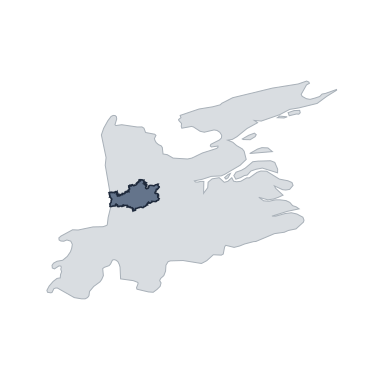 location of Mymensingh, Dhaka, Bangladesh, rotated 262°
{"feature_id": "16705992B54511139091050", "entity_name": "Mymensingh", "entity_type": "district", "adm_level": 2, "iso_a3": "BGD", "parent_name": "Bangladesh", "parent_adm1": "Dhaka", "projection": "equal_earth", "projection_center": [90.455, 24.722], "detail": "fine", "context": "in_parent", "style": "filled", "palette": "slate", "viewbox_px": 384, "rotation_deg": 262, "n_neighbors": 0, "source": "geoboundaries", "source_scale": "gbopen_adm2", "svg_char_len": 9498}
<svg xmlns="http://www.w3.org/2000/svg" viewBox="0 0 384 384"><g transform="rotate(262 192 192)"><path d="M139.3,277.8L139.3,267.9L134.1,248.3L134.3,246.2L133.2,236.8L131.9,231.6L131.3,226.0L134.5,218.0L133.2,216.7L126.2,214.3L125.4,212.2L126.9,204.4L121.9,197.0L119.9,191.4L125.4,173.6L126.8,161.1L126.4,158.7L123.1,156.0L117.3,154.8L113.2,152.5L110.8,149.0L108.8,147.6L106.3,148.7L103.0,147.3L100.4,143.8L98.1,139.6L99.1,135.0L103.4,124.0L104.9,123.7L108.6,125.8L110.0,125.8L112.4,121.5L115.9,109.2L127.6,110.3L130.4,109.9L133.4,108.9L135.0,107.3L135.9,105.4L135.6,103.7L132.0,101.3L130.6,99.6L129.6,94.7L128.6,92.9L121.5,92.6L117.8,90.3L115.8,88.3L112.2,81.6L107.8,76.7L103.6,75.5L102.0,73.9L101.1,71.4L101.6,67.7L103.8,60.7L115.6,45.4L115.9,43.7L115.5,41.8L112.0,39.4L111.8,38.2L112.8,35.0L114.8,34.6L118.8,37.5L122.8,42.1L125.2,46.3L125.3,49.6L128.5,50.3L131.2,51.8L133.9,51.3L135.7,52.1L136.9,51.8L137.3,49.9L135.0,45.1L136.2,43.1L138.9,43.2L140.8,45.0L142.2,48.7L142.4,54.4L145.6,59.6L149.7,63.3L152.9,65.0L156.8,66.2L160.2,65.1L161.9,61.4L161.1,58.2L161.7,55.3L163.0,53.7L165.1,53.8L166.6,56.1L171.2,68.5L170.2,74.0L171.2,89.1L170.0,99.1L170.8,102.9L171.5,103.6L178.4,105.4L188.4,109.4L196.0,110.9L230.5,109.8L238.1,111.7L261.1,110.2L267.4,113.4L274.3,118.6L278.1,122.4L278.8,124.6L278.4,126.5L277.1,127.6L274.8,127.6L269.4,125.1L268.4,125.8L268.4,131.8L264.0,146.8L263.4,151.5L261.9,153.3L257.4,154.3L254.4,163.1L253.1,164.2L250.1,162.2L248.3,162.5L245.9,163.4L243.6,165.4L242.0,167.9L240.2,168.8L233.7,168.6L232.4,172.7L228.2,178.0L225.3,192.2L225.6,196.5L229.2,207.8L231.7,222.5L232.7,224.0L233.9,224.1L233.9,217.4L235.1,216.5L236.6,217.3L239.7,226.4L241.4,228.7L244.1,229.3L247.2,227.9L249.5,225.3L250.4,222.4L249.5,212.5L251.0,208.5L256.2,202.5L257.0,200.7L256.6,190.8L258.6,190.5L261.3,191.2L264.6,188.9L265.7,188.8L267.1,191.4L269.5,190.9L273.2,210.5L273.5,224.4L274.4,232.1L275.7,233.8L279.7,245.4L283.7,286.2L284.2,312.2L285.9,321.0L284.6,323.0L283.3,323.4L282.1,320.3L273.5,313.7L271.4,314.4L268.5,318.2L267.3,321.8L267.9,326.8L268.8,331.7L270.9,334.5L271.0,337.6L273.4,349.4L272.7,349.4L268.0,338.8L262.3,328.3L260.4,309.5L260.2,300.2L256.3,289.4L252.6,270.4L254.2,263.7L251.5,266.6L247.2,255.3L240.5,244.2L238.5,239.3L238.4,234.5L235.6,239.3L231.7,242.7L227.7,247.8L225.1,249.3L216.7,250.2L211.8,243.4L204.9,226.8L203.9,223.1L204.8,213.3L203.2,204.1L202.7,195.9L201.5,196.7L201.0,198.9L201.3,202.3L200.8,205.2L189.1,203.3L194.1,208.2L199.4,209.3L202.2,213.7L202.4,220.9L197.1,225.3L197.6,228.9L200.6,233.4L196.9,234.7L195.9,237.6L195.8,241.8L198.4,248.2L198.0,250.7L202.4,259.1L203.2,263.1L202.2,268.8L192.6,280.3L189.8,288.5L187.5,292.3L184.5,293.0L181.0,289.1L180.9,285.1L181.7,282.0L186.6,274.4L183.9,275.4L176.2,281.7L174.7,276.6L173.7,271.8L173.7,266.0L177.5,257.4L173.3,261.7L172.1,267.1L172.6,273.5L172.0,278.0L170.4,283.9L168.1,287.4L164.5,289.7L162.8,293.1L160.4,295.7L159.6,283.8L157.0,267.8L156.4,271.3L157.7,281.2L157.6,287.6L155.6,292.8L151.6,298.3L148.5,299.0L146.7,298.2L141.0,289.9L140.5,282.1L139.3,277.8ZM209.8,278.1L202.7,280.0L199.1,279.4L205.9,265.0L205.6,258.6L204.6,253.3L201.1,249.1L201.0,246.1L199.4,242.0L198.6,237.2L202.4,235.7L205.5,238.4L206.6,243.9L208.2,248.0L213.5,256.4L213.4,261.5L212.0,274.2L209.8,278.1ZM225.1,273.3L220.8,277.2L222.1,254.5L225.4,262.9L226.2,267.4L225.1,273.3ZM241.6,262.0L239.8,263.6L238.0,262.2L235.7,256.9L236.8,250.1L237.5,249.2L240.3,256.1L241.6,262.0ZM257.9,310.0L255.4,310.2L254.2,308.6L254.7,306.3L254.0,298.9L257.2,298.2L258.4,304.4L257.9,310.0ZM255.0,289.3L253.2,296.7L252.5,293.4L253.7,286.9L255.0,289.3ZM204.3,230.2L205.0,232.6L201.0,229.6L200.0,227.4L201.7,226.3L204.3,230.2Z" fill="#d9dde1" stroke="#a8b0b8" stroke-width="1"/><path d="M204.5,159.7L204.6,159.1L204.3,158.5L204.2,157.0L203.6,155.5L203.3,155.3L203.6,154.4L203.8,154.2L204.0,153.3L204.1,153.2L204.2,152.7L204.2,152.4L204.4,151.7L204.4,151.1L204.1,150.6L204.2,150.4L203.9,150.0L203.3,149.9L202.5,149.4L202.4,149.6L202.0,149.3L201.9,148.9L201.7,148.8L201.5,147.5L201.8,147.2L201.9,146.9L202.1,146.7L202.7,146.6L203.2,146.8L203.2,147.0L203.8,147.7L204.1,147.5L204.0,147.8L204.5,147.7L204.6,147.9L204.9,148.0L205.1,148.3L205.7,148.3L205.8,147.9L205.7,147.5L205.9,147.5L206.0,147.1L205.8,146.9L205.9,146.4L206.0,146.3L206.1,146.0L206.5,145.9L206.7,145.6L206.8,146.5L207.0,146.8L207.2,147.0L207.3,147.7L207.5,148.1L208.1,147.3L208.0,147.1L208.3,146.6L208.3,146.0L208.7,146.3L208.9,145.8L209.5,146.0L209.8,146.0L210.4,146.1L210.3,145.5L210.5,145.5L210.6,145.0L210.8,144.8L210.7,144.2L210.8,144.0L210.9,144.3L211.0,144.3L211.1,143.9L211.2,143.3L211.1,142.9L211.2,142.7L211.4,142.5L211.5,142.1L211.4,141.7L211.3,141.8L211.3,142.1L210.9,141.8L211.0,142.1L210.9,142.2L210.6,142.2L210.5,142.4L210.3,142.3L210.5,142.0L210.2,142.1L210.2,141.9L210.3,141.8L210.5,141.3L210.4,140.8L210.0,140.7L209.7,140.2L209.7,140.4L209.5,140.6L208.9,140.5L209.1,139.6L208.9,139.1L208.4,139.1L208.2,138.4L207.8,138.4L207.8,138.2L207.5,138.4L206.8,137.5L206.6,137.0L206.7,136.5L206.9,136.3L206.8,136.1L206.8,135.7L206.4,135.7L206.4,134.9L206.7,134.8L206.9,134.0L207.3,134.2L207.6,134.0L207.5,133.4L207.2,133.3L207.2,132.8L206.4,132.5L206.5,132.3L206.4,131.8L206.5,131.6L206.9,131.7L207.0,132.0L207.4,131.9L207.5,131.6L207.5,131.4L207.3,131.2L206.8,131.0L207.0,130.4L206.9,130.2L206.6,130.3L206.4,130.1L205.7,130.2L205.4,130.1L205.3,130.3L204.5,130.7L204.2,130.3L203.5,130.5L203.4,130.1L203.0,130.0L202.9,129.5L202.6,129.7L202.3,129.6L201.8,129.6L201.8,129.2L201.7,129.0L201.3,129.6L201.0,129.6L201.1,129.3L201.6,128.9L201.9,128.3L202.0,128.4L202.1,128.0L201.7,127.8L201.5,128.2L201.3,127.9L201.2,128.0L200.9,127.9L200.9,127.7L201.3,127.5L201.2,127.2L201.4,127.2L201.2,126.9L201.2,126.4L201.4,126.3L201.2,126.1L201.2,125.6L200.2,125.6L199.9,125.3L199.8,125.0L200.1,124.9L200.0,124.6L200.1,124.4L200.0,124.0L199.8,123.9L199.9,123.6L199.8,123.4L200.1,123.1L200.3,123.0L200.3,122.8L200.0,122.8L199.9,122.6L199.5,122.5L199.7,122.3L199.6,122.0L199.1,122.3L199.1,122.1L199.0,121.5L199.2,120.9L199.4,120.5L199.1,120.6L198.9,120.1L198.6,120.2L198.7,119.7L198.6,119.3L198.2,119.2L198.3,118.9L198.6,118.5L198.4,118.3L198.2,117.9L198.5,117.7L198.7,117.8L198.8,118.4L198.9,117.8L199.2,118.1L199.5,117.8L199.8,118.5L200.0,118.7L200.3,118.6L200.4,118.1L199.9,117.9L199.8,117.6L200.3,117.6L200.5,117.1L201.0,117.5L201.3,117.4L201.5,117.5L201.9,118.0L202.2,117.6L202.4,117.9L202.8,117.9L202.6,117.7L202.8,117.6L202.7,117.4L202.7,117.1L202.8,116.8L202.7,116.6L203.0,116.5L202.9,116.2L202.7,116.1L202.7,115.9L202.8,116.0L202.9,115.9L202.8,115.6L202.6,115.5L202.4,115.6L202.4,115.9L202.1,116.2L202.1,115.4L202.3,115.3L202.0,114.9L202.5,114.3L202.5,114.1L202.7,113.8L202.5,113.5L202.6,113.4L202.6,113.2L202.8,112.8L202.7,112.7L203.0,112.4L202.7,111.8L203.0,111.6L203.0,111.2L203.2,110.8L203.1,110.3L203.1,110.0L202.9,109.7L202.7,109.9L202.0,109.8L202.0,110.0L201.7,109.9L201.6,110.1L201.3,110.0L200.7,110.1L200.6,109.9L199.2,110.1L198.8,109.9L198.9,110.2L198.4,110.1L198.4,110.3L197.9,110.7L196.5,111.1L196.4,111.5L196.1,111.6L195.2,111.2L194.6,110.7L193.2,110.6L192.3,109.7L191.6,108.9L191.1,109.0L190.8,109.2L189.1,108.7L188.9,108.9L189.0,109.3L188.8,110.3L188.8,110.6L188.9,110.8L189.1,111.4L189.2,111.9L189.0,112.0L188.9,113.5L188.9,114.1L189.5,114.3L189.8,114.9L190.3,114.5L190.6,114.8L190.6,115.1L190.3,115.0L190.1,115.2L189.8,115.1L189.8,115.9L189.6,116.1L189.6,116.3L189.4,116.3L189.2,116.5L188.9,116.6L188.7,115.9L188.4,116.0L188.4,116.3L188.2,116.6L187.9,116.5L187.7,117.1L187.8,117.5L187.7,118.1L188.0,118.3L188.0,118.9L187.9,119.9L187.6,120.1L187.7,120.3L187.4,120.7L187.4,121.0L187.5,121.2L187.7,121.3L187.9,121.1L188.1,121.2L188.0,121.4L188.6,121.7L188.7,122.3L188.3,122.4L187.8,122.2L187.6,122.4L187.8,122.8L187.8,123.0L188.2,123.4L188.0,124.5L187.8,124.8L187.9,125.2L187.8,125.5L187.2,125.9L186.1,125.6L186.1,125.8L186.4,126.0L186.1,126.3L185.9,126.7L185.6,126.7L186.3,126.7L186.2,127.0L186.3,127.0L185.8,127.3L185.8,127.9L185.5,128.1L185.7,128.6L185.9,128.7L185.7,128.9L185.5,128.7L185.1,128.8L184.7,129.6L184.8,129.8L184.6,130.1L184.7,130.6L184.3,130.7L184.0,130.8L183.9,131.4L183.7,131.4L183.7,131.2L183.2,130.8L183.1,131.0L182.8,130.9L182.8,131.1L182.4,131.2L181.8,130.8L181.3,130.9L181.9,132.0L182.0,132.5L182.1,132.8L181.8,132.9L181.9,133.0L181.8,133.3L181.9,133.6L183.4,133.6L183.6,133.8L183.4,134.7L183.7,135.6L183.6,136.1L183.9,136.6L184.0,137.2L184.0,137.8L183.9,137.9L184.2,138.4L184.2,139.2L184.1,139.8L183.9,139.8L183.7,140.2L183.5,140.9L183.3,141.3L183.6,141.7L183.9,142.4L184.3,142.5L184.1,142.9L184.4,143.8L184.5,143.8L184.8,144.5L185.1,144.5L185.3,145.6L185.5,145.3L185.8,145.3L186.0,145.8L186.2,145.7L186.7,146.0L186.5,146.4L186.6,146.7L186.9,146.5L187.2,147.0L187.4,147.4L187.7,147.4L187.8,147.2L188.1,147.5L187.4,148.2L187.2,148.6L186.8,148.6L186.7,148.8L186.8,149.2L187.1,149.3L187.2,150.1L187.3,150.2L187.5,150.9L188.0,151.2L188.3,151.1L187.5,154.8L187.7,155.5L188.3,155.6L188.2,156.0L188.7,157.0L188.6,157.5L188.9,158.0L189.6,158.1L190.0,158.6L191.4,157.4L191.9,157.7L192.3,157.7L192.4,157.4L192.8,157.4L192.7,158.0L192.9,158.1L192.9,158.4L193.5,158.2L193.6,157.9L193.9,158.0L194.1,158.4L194.5,158.3L194.8,157.6L195.3,156.9L195.4,157.1L195.6,156.8L195.5,155.7L196.2,155.1L196.8,155.3L197.4,155.8L197.4,156.1L197.9,156.3L198.0,156.6L198.3,156.6L199.0,156.7L199.4,157.1L199.7,157.2L199.3,158.1L200.4,158.8L200.3,159.2L201.1,159.8L201.4,160.3L201.7,160.3L202.7,159.4L203.4,159.1L203.8,159.2L204.5,159.7Z" fill="#64748b" stroke="#1e293b" stroke-width="1.5"/></g></svg>